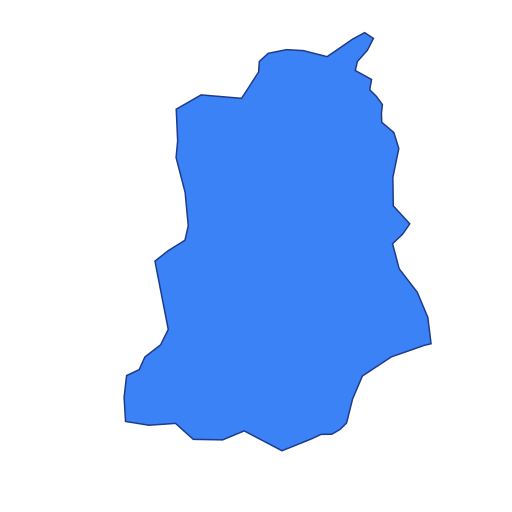 an SVG outline of Gabrovo, rotated 258°
{"feature_id": "BGR-2246", "entity_name": "Gabrovo", "entity_type": "Province", "adm_level": 1, "iso_a3": "BGR", "parent_name": "Bulgaria", "parent_adm1": "", "projection": "orthographic", "projection_center": [25.265, 42.966], "detail": "fine", "context": "isolated", "style": "filled", "palette": "blue", "viewbox_px": 512, "rotation_deg": 258, "n_neighbors": 0, "source": "natural_earth", "source_scale": "10m", "svg_char_len": 903}
<svg xmlns="http://www.w3.org/2000/svg" viewBox="0 0 512 512"><g transform="rotate(258 256 256)"><path d="M133.8,409.0L133.6,401.8L129.2,367.4L116.5,335.1L96.2,320.8L73.9,309.9L68.9,302.2L65.9,293.1L68.0,282.4L65.6,272.2L60.1,240.9L87.4,208.1L83.1,185.1L89.7,156.5L109.0,142.5L112.8,115.9L121.3,94.0L145.2,97.6L166.0,104.6L169.1,118.1L180.4,126.4L189.0,144.3L202.4,154.9L272.0,156.1L279.4,171.1L286.2,189.8L299.6,196.0L333.0,199.9L368.9,198.3L384.9,203.3L416.2,208.5L425.0,235.8L413.2,274.7L435.4,296.8L445.6,299.7L451.7,310.1L451.5,328.6L447.1,344.9L436.2,367.0L448.1,395.7L451.9,408.7L444.4,416.1L434.1,407.7L425.2,395.6L416.8,391.7L404.6,405.7L394.9,401.8L387.2,406.9L377.8,411.1L369.3,408.3L360.6,406.8L348.1,416.5L331.4,418.0L304.4,406.2L276.5,400.7L255.5,413.1L247.0,404.1L239.6,392.1L213.7,393.4L187.0,406.2L160.3,411.3L133.8,409.0Z" fill="#3b82f6" stroke="#1e3a8a" stroke-width="1.5"/></g></svg>